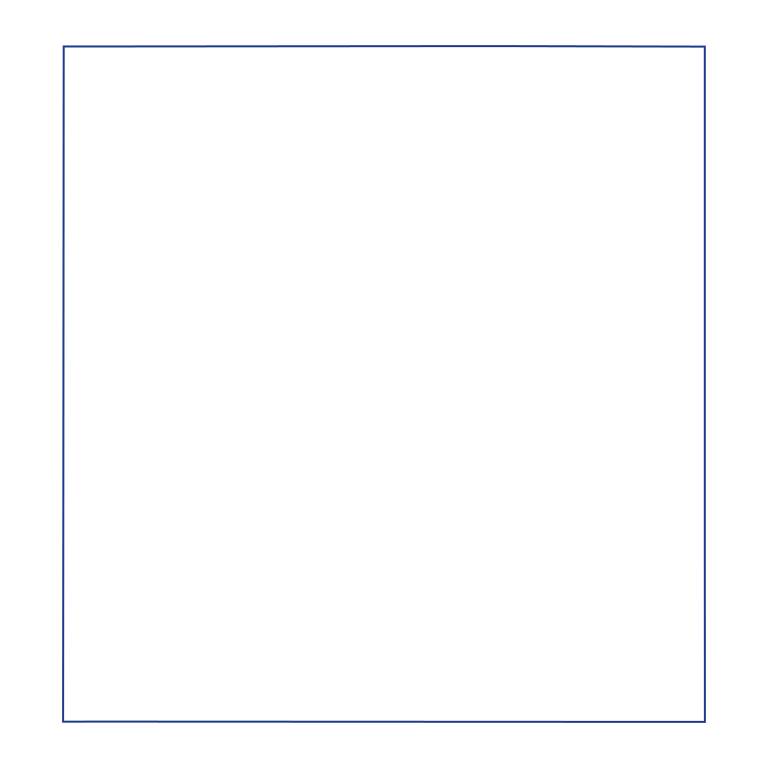 outline of Haskell, Kansas, United States of America
{"feature_id": "52423323B82156570325304", "entity_name": "Haskell", "entity_type": "district", "adm_level": 2, "iso_a3": "USA", "parent_name": "United States of America", "parent_adm1": "Kansas", "projection": "equal_earth", "projection_center": [-100.898, 37.562], "detail": "fine", "context": "isolated", "style": "outline", "palette": "blue", "viewbox_px": 768, "rotation_deg": 0, "n_neighbors": 0, "source": "geoboundaries", "source_scale": "gbopen_adm2", "svg_char_len": 238}
<svg xmlns="http://www.w3.org/2000/svg" viewBox="0 0 768 768"><path d="M63.7,46.5L63.3,524.4L63.1,721.7L94.8,721.6L491.2,721.8L704.9,721.9L704.8,552.8L704.8,46.6L491.3,46.1L63.7,46.5Z" fill="none" stroke="#1e3a8a" stroke-width="2"/></svg>